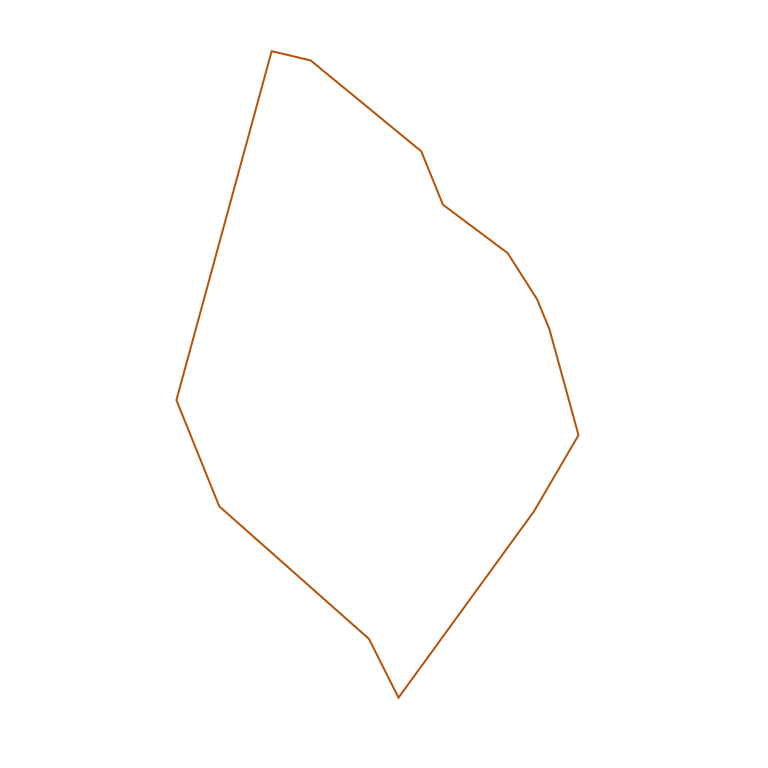 map outline of Rogatec (orthographic projection), rotated 101°
{"feature_id": "SVN-983", "entity_name": "Rogatec", "entity_type": "Municipality", "adm_level": 1, "iso_a3": "SVN", "parent_name": "Slovenia", "parent_adm1": "", "projection": "orthographic", "projection_center": [15.736, 46.238], "detail": "fine", "context": "isolated", "style": "outline", "palette": "amber", "viewbox_px": 768, "rotation_deg": 101, "n_neighbors": 0, "source": "natural_earth", "source_scale": "10m", "svg_char_len": 355}
<svg xmlns="http://www.w3.org/2000/svg" viewBox="0 0 768 768"><g transform="rotate(101 384 384)"><path d="M689.2,309.9L637.1,350.1L535.5,522.4L439.4,584.7L78.8,557.8L78.8,556.1L80.4,517.7L148.5,391.8L196.8,360.3L231.9,287.6L271.6,249.9L298.8,232.0L397.1,183.3L480.4,212.5L686.1,308.5L689.2,309.9Z" fill="none" stroke="#b45309" stroke-width="2"/></g></svg>